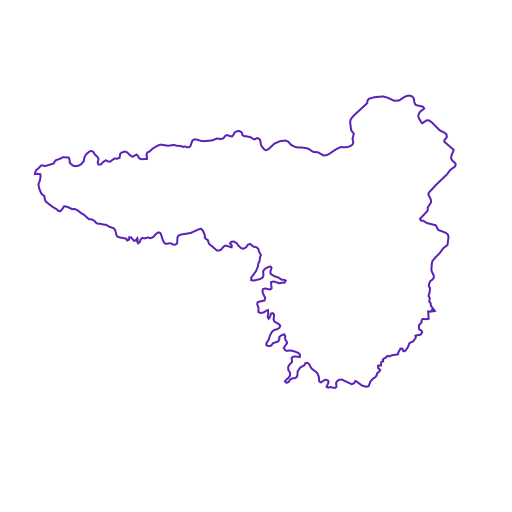 the district of Olhos-d'Água, Minas Gerais, Brazil, rotated 83°
{"feature_id": "56859067B66105634364184", "entity_name": "Olhos-d'Água", "entity_type": "district", "adm_level": 2, "iso_a3": "BRA", "parent_name": "Brazil", "parent_adm1": "Minas Gerais", "projection": "robinson", "projection_center": [-43.585, -17.548], "detail": "fine", "context": "isolated", "style": "outline", "palette": "violet", "viewbox_px": 512, "rotation_deg": 83, "n_neighbors": 0, "source": "geoboundaries", "source_scale": "gbopen_adm2", "svg_char_len": 6079}
<svg xmlns="http://www.w3.org/2000/svg" viewBox="0 0 512 512"><g transform="rotate(83 256 256)"><path d="M147.8,465.4L147.9,462.5L148.5,460.1L150.4,460.1L154.5,461.2L158.2,463.2L162.8,462.9L167.5,461.6L169.4,460.3L170.4,458.9L174.1,458.7L176.4,458.0L182.3,452.1L185.6,447.8L187.1,446.8L187.7,444.9L186.4,443.1L183.2,440.3L184.4,436.9L187.1,432.8L187.2,430.3L188.8,427.8L192.5,423.9L193.9,421.9L199.1,417.4L199.7,414.4L201.5,412.0L203.8,410.5L204.7,409.0L205.0,406.8L206.4,403.0L206.7,401.0L209.2,397.9L211.1,393.9L213.1,392.6L217.9,392.0L219.8,391.3L220.9,389.2L223.0,382.6L224.9,382.0L224.3,380.0L222.0,379.6L222.1,377.9L226.2,375.1L225.7,373.4L223.9,371.6L225.8,371.5L227.3,372.2L229.1,371.4L227.7,369.5L225.5,368.4L224.2,366.6L224.9,364.6L224.5,360.6L225.5,358.7L224.7,355.7L221.8,352.5L220.6,349.9L221.8,347.9L228.5,346.6L231.7,345.5L233.0,344.0L232.8,340.8L233.4,338.2L234.7,336.6L234.9,334.7L233.9,332.8L227.9,331.6L226.4,330.5L225.6,328.2L225.2,318.1L222.6,309.8L222.3,307.1L224.3,305.7L229.4,304.2L231.4,304.6L232.9,303.8L234.3,301.9L238.0,301.2L245.6,294.3L246.1,292.2L245.5,290.0L242.8,287.1L241.9,284.9L244.4,279.2L242.5,278.7L240.5,280.3L238.9,278.8L238.8,276.7L240.7,273.8L243.8,272.0L246.4,269.8L247.3,267.3L245.9,264.5L243.8,262.7L243.3,260.4L246.4,257.4L247.3,254.6L249.4,252.7L251.6,252.6L255.6,251.0L257.3,252.0L261.2,253.0L264.2,254.8L266.5,255.3L271.0,257.8L276.8,263.3L279.4,263.7L280.1,261.1L279.4,254.7L278.2,252.0L275.9,250.9L272.3,250.9L270.9,249.9L269.5,248.0L268.4,245.1L268.2,242.8L269.8,242.0L273.2,243.6L275.6,243.6L278.4,240.1L280.3,236.1L281.9,234.4L282.8,232.9L283.1,230.9L284.1,229.5L286.0,231.0L285.6,233.7L286.0,235.9L283.4,241.6L283.8,244.3L290.1,244.5L291.0,246.2L289.4,250.6L289.7,253.1L291.6,253.9L294.0,253.6L298.8,252.0L301.2,253.0L301.9,259.8L303.8,260.7L308.0,259.8L311.8,260.5L313.1,258.7L312.9,255.0L311.7,252.9L311.2,250.7L314.7,250.9L318.1,251.9L319.8,251.1L318.2,249.6L314.9,248.0L314.8,246.2L316.6,245.2L321.3,246.3L323.3,245.7L326.4,241.6L328.1,240.4L330.2,241.6L331.3,244.0L331.6,246.9L333.1,249.3L336.4,251.7L340.6,253.6L344.0,256.4L345.6,256.7L346.9,254.8L346.9,252.0L344.6,249.7L343.5,244.5L341.7,243.0L339.4,242.9L337.9,240.7L337.2,237.6L339.2,236.7L341.1,237.2L343.0,236.9L344.8,235.9L346.3,235.8L350.7,239.7L353.3,238.4L354.0,236.4L353.8,234.3L354.9,230.5L357.4,225.7L359.3,224.4L361.6,224.8L360.5,229.2L360.5,231.6L361.7,233.1L365.5,233.1L368.8,236.9L370.6,237.7L373.3,237.8L375.2,236.7L376.9,236.4L379.0,236.9L381.0,238.7L382.2,240.7L384.0,242.6L385.6,241.1L385.0,238.9L383.1,237.4L381.9,235.1L382.0,232.2L381.0,230.2L379.2,229.4L375.6,228.7L372.1,225.7L370.3,221.2L368.5,220.2L368.2,218.2L369.8,216.4L373.5,215.1L375.0,214.0L379.4,209.6L383.2,208.4L388.1,208.5L389.4,207.2L387.2,202.2L388.4,199.7L390.0,199.3L394.5,201.9L395.5,200.4L395.1,198.1L396.1,195.6L396.5,193.5L395.7,192.1L391.4,191.9L389.8,190.3L389.0,188.4L389.1,186.0L394.9,176.6L394.3,174.2L392.2,172.7L393.1,171.2L397.4,166.7L399.2,162.7L398.9,160.1L394.5,157.7L391.8,154.6L390.8,152.3L389.0,150.7L386.9,149.8L385.8,147.9L384.2,146.6L382.0,148.5L379.7,148.2L379.9,145.3L378.0,145.1L376.4,144.4L376.0,142.6L374.4,142.8L373.2,141.3L372.6,139.2L371.1,137.8L371.9,135.7L371.1,133.3L370.9,127.0L369.1,126.5L365.5,123.9L365.9,121.9L367.8,121.8L368.7,120.4L367.9,118.9L364.8,116.2L361.4,114.5L360.4,112.6L360.0,110.5L356.4,107.3L354.5,107.5L354.1,102.1L351.9,100.3L350.0,101.1L348.7,103.0L344.7,102.8L342.1,99.8L340.0,99.5L338.8,98.3L339.4,95.2L339.4,92.3L332.0,91.9L332.6,89.3L331.2,88.1L332.6,87.1L332.3,85.2L326.9,88.4L323.8,88.5L322.5,89.6L318.8,88.7L316.7,89.6L313.1,88.1L309.1,87.2L307.2,88.1L304.8,87.7L302.1,86.0L301.0,83.9L299.5,82.3L297.2,81.9L292.9,83.4L291.0,83.6L284.6,82.3L282.5,81.5L279.1,77.9L275.8,73.6L271.1,69.2L268.4,64.6L260.5,62.6L258.0,63.0L256.1,64.8L252.3,72.0L247.4,73.8L244.2,82.3L241.5,85.5L240.9,88.0L239.1,88.7L232.4,80.6L231.0,79.8L228.9,79.7L223.9,75.6L221.2,75.6L215.8,77.5L214.0,76.5L207.2,68.5L198.2,56.4L194.5,53.0L191.2,47.3L189.0,46.6L187.1,47.7L185.5,49.4L182.9,50.5L180.1,49.7L174.8,46.8L165.6,55.1L163.8,54.8L161.3,52.1L158.5,52.1L156.9,53.5L153.6,58.4L145.3,64.8L142.6,67.5L142.1,70.1L144.5,74.8L143.2,75.8L138.1,77.9L136.3,77.7L134.2,76.7L132.3,75.0L131.2,72.6L130.1,71.1L128.5,71.8L127.6,73.4L126.1,77.9L125.0,79.5L122.6,80.1L119.3,80.1L117.7,80.8L116.2,82.2L115.4,84.7L115.7,87.7L116.5,89.9L119.1,95.0L118.7,100.1L115.0,105.9L113.1,110.5L112.8,119.1L113.7,124.8L115.5,126.5L117.9,127.0L127.5,140.5L130.4,144.0L132.5,145.6L134.8,146.3L142.9,146.2L146.5,144.0L151.2,145.9L155.5,145.6L157.3,146.8L158.4,149.0L159.0,152.0L158.9,154.7L158.2,158.6L159.7,163.2L163.9,171.6L164.5,174.0L164.5,176.7L160.6,181.9L159.8,186.0L158.7,187.8L156.1,190.7L155.0,193.2L153.9,197.3L153.3,201.8L152.4,204.1L150.0,207.6L146.4,210.1L145.0,212.7L144.9,217.9L146.7,224.1L151.6,230.8L152.2,233.4L151.1,234.9L147.9,236.9L146.3,237.5L141.5,237.7L140.1,238.5L139.1,240.5L140.1,243.1L139.3,244.7L137.6,246.6L135.9,251.3L135.7,253.0L134.4,254.7L132.1,254.9L130.7,256.1L129.7,258.0L130.2,260.9L131.1,262.4L132.6,263.3L134.4,265.1L133.7,267.7L132.6,269.5L132.6,271.3L135.3,274.2L135.6,276.7L134.6,280.6L135.7,284.5L135.9,287.1L135.7,293.6L135.1,296.4L133.2,300.8L132.7,302.8L133.6,305.0L138.9,307.7L139.9,309.1L139.5,311.3L138.6,313.3L138.9,315.2L137.8,316.8L136.8,321.7L135.7,323.9L135.9,329.7L133.8,337.2L134.6,340.4L135.6,342.8L136.6,345.1L139.3,349.0L140.0,351.2L142.1,352.4L144.3,352.1L146.4,352.5L145.9,358.4L144.5,360.3L142.5,360.8L140.8,362.2L142.4,366.5L140.9,368.5L137.4,371.3L136.3,373.4L137.1,377.0L138.2,378.4L142.0,379.5L142.5,382.1L142.0,384.7L144.6,389.4L144.2,391.2L142.7,393.3L144.0,396.2L146.2,398.8L146.0,401.2L144.2,401.8L140.4,400.5L138.6,401.1L135.1,403.9L132.6,404.9L131.6,407.1L132.2,409.0L134.7,412.5L136.6,414.0L141.2,415.6L143.7,418.5L144.5,420.6L144.9,422.4L144.8,424.7L143.8,426.9L140.8,429.5L137.4,429.3L135.5,429.9L134.4,435.5L135.9,439.5L136.3,442.5L138.0,444.6L139.5,445.5L141.1,454.6L140.1,456.5L140.0,458.3L142.7,461.5L143.9,463.7L146.2,465.0L147.8,465.4Z" fill="none" stroke="#5b21b6" stroke-width="2"/></g></svg>